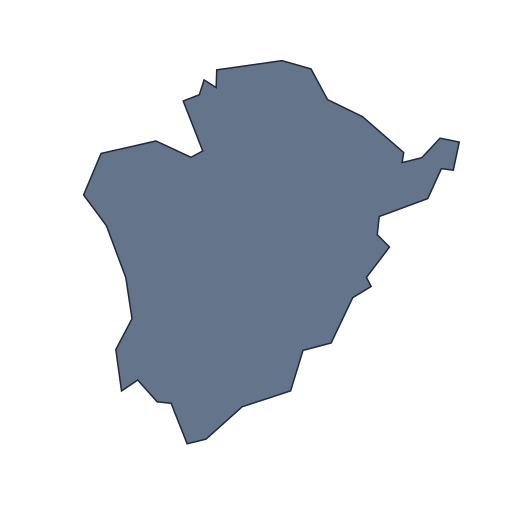 Kichevo, Kičevo, North Macedonia (Robinson projection), rotated 280°
{"feature_id": "65306769B34923793156893", "entity_name": "Kichevo", "entity_type": "district", "adm_level": 2, "iso_a3": "MKD", "parent_name": "North Macedonia", "parent_adm1": "Kičevo", "projection": "robinson", "projection_center": [20.955, 41.522], "detail": "fine", "context": "isolated", "style": "filled", "palette": "slate", "viewbox_px": 512, "rotation_deg": 280, "n_neighbors": 0, "source": "geoboundaries", "source_scale": "gbopen_adm2", "svg_char_len": 680}
<svg xmlns="http://www.w3.org/2000/svg" viewBox="0 0 512 512"><g transform="rotate(280 256 256)"><path d="M449.8,277.7L452.9,247.6L432.5,185.0L414.9,187.5L420.4,174.3L405.0,172.2L396.0,157.4L350.2,185.3L341.9,174.9L351.9,137.4L330.1,85.6L286.2,75.6L259.9,103.4L212.2,131.5L172.7,144.8L139.5,134.2L99.7,147.0L113.3,161.0L95.2,184.0L96.2,198.0L59.1,220.8L67.0,238.6L105.1,268.5L129.2,313.5L171.2,318.7L183.4,345.1L231.8,358.5L246.0,374.7L254.1,368.5L288.0,385.9L298.0,371.7L316.3,370.5L342.4,415.2L374.2,423.4L374.8,435.4L403.5,436.4L404.0,416.8L381.6,402.2L373.4,383.7L383.5,383.5L411.7,336.7L422.5,299.2L449.8,277.7Z" fill="#64748b" stroke="#1e293b" stroke-width="1.5"/></g></svg>